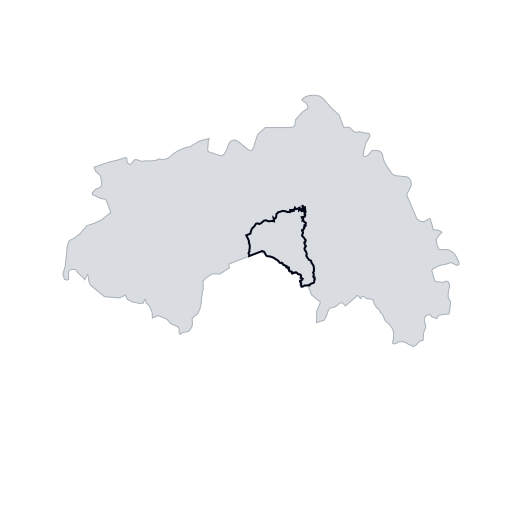 location of Faranah, Faranah, Guinea, rotated 339°
{"feature_id": "49546643B80456504828542", "entity_name": "Faranah", "entity_type": "district", "adm_level": 2, "iso_a3": "GIN", "parent_name": "Guinea", "parent_adm1": "Faranah", "projection": "orthographic", "projection_center": [-10.65, 9.821], "detail": "fine", "context": "in_parent", "style": "outline", "palette": "ink", "viewbox_px": 512, "rotation_deg": 339, "n_neighbors": 0, "source": "geoboundaries", "source_scale": "gbopen_adm2", "svg_char_len": 8919}
<svg xmlns="http://www.w3.org/2000/svg" viewBox="0 0 512 512"><g transform="rotate(339 256 256)"><path d="M310.4,331.8L306.5,331.2L304.7,332.0L299.5,338.1L296.4,340.5L291.5,339.8L289.8,340.2L288.5,339.5L290.3,336.1L292.8,329.4L299.2,322.7L299.3,321.3L296.7,317.4L293.9,312.0L293.9,306.3L293.4,302.1L287.8,301.0L286.7,300.3L286.6,298.9L289.8,291.7L290.0,290.3L289.6,289.0L286.2,285.3L280.8,278.5L271.5,264.6L268.0,261.7L264.7,257.4L263.4,254.7L260.0,253.7L227.6,253.8L227.0,257.5L215.8,259.9L209.0,257.0L201.3,258.6L197.6,260.4L194.7,268.5L193.0,270.3L191.4,273.9L189.8,275.9L188.2,279.9L184.5,285.6L180.6,289.2L174.1,291.2L172.1,297.2L170.5,299.4L168.0,301.2L165.3,302.3L160.0,301.1L157.1,302.1L156.6,300.6L158.3,295.9L157.0,293.4L151.9,288.4L151.4,286.0L149.9,282.9L143.2,276.5L137.0,276.8L138.8,271.5L138.7,264.5L136.7,260.6L137.2,256.6L136.1,256.9L134.0,259.6L130.6,258.7L123.8,254.4L120.4,250.3L120.1,246.8L119.3,245.4L117.2,246.1L113.0,246.0L100.0,239.7L91.0,224.0L90.8,220.5L92.2,214.5L91.9,212.9L87.6,216.8L86.9,214.1L83.7,207.8L82.8,204.2L79.7,202.6L77.2,202.3L75.3,203.5L72.7,210.7L70.8,210.7L68.8,209.1L69.3,203.6L74.4,196.9L83.0,179.8L86.0,175.9L87.9,174.5L91.9,174.4L99.6,172.2L109.1,167.0L116.3,167.5L124.8,166.9L136.0,163.3L136.2,151.8L135.9,149.2L132.0,146.9L129.7,144.8L127.8,142.3L125.4,140.4L125.5,138.5L130.4,136.1L134.9,136.2L136.5,135.2L137.6,133.6L138.9,129.4L139.4,125.1L136.5,119.1L136.7,115.0L153.0,115.7L161.9,116.9L169.2,117.3L170.4,118.3L169.3,122.3L170.2,124.7L172.7,125.4L176.8,122.6L179.0,123.2L183.5,126.8L187.7,127.8L192.4,129.7L196.7,130.8L200.6,130.7L203.5,132.7L209.0,133.3L216.0,130.8L221.5,129.7L229.3,129.5L233.3,130.3L245.1,128.4L254.4,129.5L253.0,130.9L248.7,140.1L249.2,141.8L258.6,149.6L260.9,150.2L263.4,149.1L267.5,145.5L270.7,141.6L273.8,139.7L277.4,139.8L280.3,142.6L287.0,154.2L288.7,155.6L290.3,155.6L293.2,153.4L294.7,150.9L301.0,143.3L310.6,139.4L333.5,148.2L336.9,148.8L338.9,148.2L341.7,143.0L350.3,138.5L354.5,137.3L356.8,137.1L357.7,135.7L358.1,133.6L357.7,131.4L355.0,127.5L354.9,126.3L356.4,125.6L359.7,125.0L363.9,125.4L368.7,127.0L372.7,129.5L374.9,132.4L379.3,144.6L384.1,154.2L384.0,167.0L386.2,168.3L388.5,168.8L389.7,169.8L392.0,175.1L394.3,176.7L396.9,177.0L401.9,180.4L405.1,181.7L405.6,182.7L405.5,184.1L404.2,185.9L399.5,189.5L397.1,192.5L392.3,199.8L392.1,201.2L393.2,202.2L395.2,202.4L397.4,201.8L401.8,199.1L405.4,200.1L408.8,202.1L410.1,204.2L410.4,206.9L409.7,210.5L409.6,214.5L410.8,221.3L412.6,228.1L414.4,230.6L425.8,236.5L426.9,238.7L427.5,241.2L426.7,244.7L425.6,246.6L419.4,252.0L418.4,254.5L418.9,259.2L419.5,279.1L422.0,282.5L425.0,284.2L431.8,283.2L431.7,288.7L430.8,294.9L434.8,296.8L436.8,298.6L438.0,300.4L431.7,303.7L429.9,305.7L429.0,310.9L429.3,315.6L437.8,319.0L441.1,323.0L442.6,327.1L443.2,335.0L442.4,336.8L440.2,336.8L435.9,332.1L429.3,331.6L424.4,330.7L416.2,331.4L414.8,332.8L413.9,343.3L415.9,345.0L419.8,346.9L422.4,347.8L424.5,347.5L426.1,348.8L426.5,352.2L425.4,354.7L423.3,357.1L420.6,363.1L421.2,368.6L416.7,377.5L415.3,379.2L409.2,377.5L405.2,376.9L402.3,379.2L398.3,375.8L397.6,373.1L396.1,372.6L393.4,372.6L391.0,374.1L389.9,376.9L389.4,382.5L384.9,387.9L381.8,394.6L378.1,394.0L377.3,394.8L373.5,396.5L370.1,397.0L369.2,395.3L367.3,393.8L365.1,391.0L362.6,388.7L357.9,387.2L356.1,387.9L353.8,387.7L352.4,386.8L352.6,385.4L355.0,381.9L356.4,378.7L357.2,375.3L357.2,371.9L355.8,367.3L353.7,363.5L353.2,361.4L353.4,358.3L352.9,355.5L352.2,354.0L351.2,348.6L350.0,347.6L349.3,343.3L349.5,338.8L347.6,337.2L344.8,336.0L343.1,334.2L342.0,332.3L341.0,331.7L340.1,331.8L339.3,333.0L338.4,333.3L336.7,329.2L336.0,329.0L334.8,330.0L321.6,334.6L319.9,330.7L317.3,330.0L313.0,331.6L310.4,331.8Z" fill="#d9dde1" stroke="#a8b0b8" stroke-width="1"/><path d="M254.3,233.2L254.4,234.2L254.4,234.7L254.5,235.5L254.7,236.3L254.7,237.8L254.8,238.8L254.6,240.2L254.0,241.2L254.2,242.7L253.8,244.2L253.5,245.0L253.1,246.2L252.0,247.8L251.7,249.2L250.0,250.7L250.1,252.2L250.1,252.5L249.9,252.8L249.8,253.1L249.7,253.4L249.6,253.6L251.2,253.6L257.7,253.6L257.9,253.6L259.7,253.6L260.1,253.6L261.1,253.6L263.4,253.5L264.0,254.0L265.0,254.8L265.2,255.3L265.3,255.8L265.4,256.4L265.5,258.1L265.7,259.2L265.9,259.6L266.0,259.8L266.6,260.3L268.9,261.4L269.0,261.5L270.3,262.5L271.4,263.5L271.9,264.0L272.6,265.0L273.2,266.0L273.7,266.4L273.9,266.7L274.7,267.8L274.9,268.2L275.0,268.3L275.2,268.8L275.3,269.1L275.5,270.4L275.6,270.6L275.8,270.9L276.2,271.2L276.6,271.3L277.3,271.3L277.6,271.4L277.8,271.6L277.9,271.9L277.9,272.1L278.2,272.5L278.3,273.5L278.4,274.0L278.5,274.3L278.8,274.5L279.0,274.5L280.1,275.6L281.0,276.4L281.0,276.6L280.5,277.2L280.3,277.5L281.0,278.0L282.5,278.3L282.6,278.5L282.5,279.0L281.8,279.3L281.6,279.6L281.6,279.9L282.0,280.6L282.0,280.9L281.6,281.4L281.6,281.7L281.8,282.3L282.2,282.6L282.7,282.7L283.2,283.2L283.7,283.5L283.9,283.8L283.8,284.2L283.4,284.5L283.2,285.0L283.3,285.2L283.6,285.5L283.8,285.5L284.1,285.0L284.6,285.1L284.9,285.3L285.1,285.4L285.6,285.5L286.1,285.3L286.7,285.3L287.1,285.8L287.6,285.6L287.9,286.0L288.6,287.2L288.6,287.8L288.8,288.2L289.7,288.5L290.7,289.2L291.0,289.7L291.1,290.2L290.8,291.0L290.6,291.5L290.4,292.3L290.4,292.8L290.5,292.8L290.4,292.8L291.0,293.5L290.9,293.5L291.0,293.9L291.0,294.4L290.8,294.6L290.2,295.0L289.8,295.0L289.4,295.2L288.8,295.3L288.7,295.3L288.6,295.1L288.2,295.0L287.9,295.7L288.0,295.9L288.4,296.8L288.4,297.8L287.8,298.4L287.8,299.2L287.6,300.5L287.4,300.8L287.6,301.1L288.7,301.3L289.3,301.2L290.4,301.0L290.6,301.0L291.2,301.0L292.5,301.6L293.1,301.7L293.3,301.7L293.6,301.8L293.9,302.0L294.2,302.2L294.7,302.0L295.1,302.3L295.4,302.5L295.5,302.6L295.7,302.3L296.1,301.9L296.6,301.8L297.1,301.7L297.9,301.6L299.3,301.6L299.9,301.8L300.5,301.6L301.0,301.0L301.4,300.3L301.7,299.5L302.0,299.4L302.4,299.1L302.6,298.8L302.5,298.3L303.0,297.1L302.2,296.8L302.1,296.2L302.3,296.0L302.3,295.9L302.2,295.6L302.7,294.9L303.1,294.6L303.3,294.2L303.5,293.4L303.4,292.4L303.3,291.9L303.8,291.6L304.4,291.2L304.7,291.0L304.9,290.3L304.9,289.8L305.1,289.6L305.6,288.9L305.7,288.2L305.9,287.1L306.2,286.1L306.1,285.2L306.0,284.6L305.8,283.9L305.7,283.0L305.3,282.0L305.5,281.3L305.7,280.9L305.7,280.3L305.3,279.6L304.7,279.2L304.1,278.6L304.0,278.0L303.8,277.4L303.6,276.7L303.4,276.2L303.3,275.1L303.0,274.5L303.1,273.6L303.8,272.9L304.1,272.2L304.2,271.4L304.2,270.5L304.2,269.8L304.2,269.3L303.9,269.1L303.8,268.0L303.7,267.3L304.1,266.1L304.7,265.9L305.0,265.2L306.1,264.8L306.0,263.6L305.7,263.0L305.8,261.9L305.8,261.2L306.0,260.6L306.4,260.6L306.9,260.6L307.4,260.1L307.4,259.7L307.7,259.5L308.1,259.0L307.7,258.1L307.6,257.3L307.3,256.3L307.1,255.5L306.8,254.8L306.4,254.3L306.4,254.0L306.3,253.5L306.8,252.8L306.9,252.5L308.1,251.4L308.4,250.6L308.0,249.5L308.2,249.0L308.2,248.9L308.3,248.4L309.2,248.7L309.9,248.2L310.2,247.9L310.5,247.2L311.2,247.1L311.8,246.4L311.5,246.0L311.7,245.6L312.4,245.5L313.1,245.4L312.6,244.5L313.5,244.3L314.0,243.6L314.4,242.9L313.7,241.9L313.1,241.1L312.7,240.4L313.2,238.8L313.2,238.5L312.7,238.7L313.2,237.9L313.2,237.1L312.9,237.0L312.4,236.7L312.5,236.1L313.4,236.2L314.7,236.8L315.6,236.7L316.2,236.0L316.1,235.4L316.7,235.3L316.9,234.7L316.5,234.2L317.0,233.4L316.9,232.6L317.3,232.9L317.8,232.8L318.3,232.2L318.1,231.7L317.3,231.8L317.1,231.1L316.9,230.8L316.8,230.3L317.0,229.7L317.3,229.7L317.6,229.7L317.9,229.9L318.4,230.2L318.7,230.0L318.7,229.5L318.6,228.8L318.8,228.6L319.1,228.1L318.3,228.0L317.6,227.9L317.9,227.4L318.0,227.1L317.8,226.7L317.7,226.4L317.6,225.9L317.3,225.9L317.3,226.3L317.1,227.0L316.9,228.0L316.2,228.7L315.8,228.4L315.5,228.4L315.5,229.2L315.2,229.4L314.8,229.8L315.2,230.5L314.8,230.6L314.4,229.7L313.8,228.6L313.2,228.3L312.6,228.6L312.9,227.7L312.8,227.2L313.5,227.0L313.9,226.5L313.4,226.4L312.6,226.8L311.8,226.8L310.6,226.7L309.8,226.4L309.9,226.0L309.8,225.2L309.7,224.9L309.3,225.4L308.9,225.8L308.3,226.1L307.8,226.3L307.7,226.7L307.6,227.3L307.1,227.2L306.7,227.2L306.8,226.8L306.8,226.2L306.2,225.9L305.5,225.7L305.1,226.3L304.8,225.8L304.3,225.4L304.2,225.6L304.0,226.3L303.6,227.2L303.4,227.2L303.2,227.1L302.8,227.0L302.4,226.7L302.1,226.5L301.8,226.4L301.4,226.3L301.0,226.2L300.9,225.9L299.1,224.5L296.9,223.4L295.7,223.4L293.8,223.3L292.3,223.1L292.1,223.5L290.1,224.1L289.5,225.5L288.6,227.0L288.2,227.3L287.7,227.8L287.1,227.9L286.5,227.8L286.5,227.7L286.0,226.7L285.6,228.7L285.3,230.1L283.6,229.0L282.2,228.7L280.9,228.4L279.7,227.8L278.3,226.4L278.0,226.2L276.3,225.9L274.8,226.3L272.3,227.3L271.5,227.2L270.4,227.3L269.9,226.7L269.2,226.2L267.8,225.8L267.6,225.9L266.9,226.3L266.4,226.7L266.2,226.9L266.1,227.0L265.9,227.1L265.7,227.2L265.3,227.5L265.0,227.8L264.9,227.8L264.3,228.0L263.2,228.5L262.3,228.8L261.6,229.5L260.9,230.2L260.3,231.0L259.8,231.6L259.4,232.1L259.2,232.5L258.9,232.9L258.9,233.0L258.4,233.1L258.0,233.2L257.6,233.2L256.8,233.1L256.2,233.2L255.7,233.2L255.0,233.2L254.3,233.2Z" fill="none" stroke="#020617" stroke-width="2"/></g></svg>